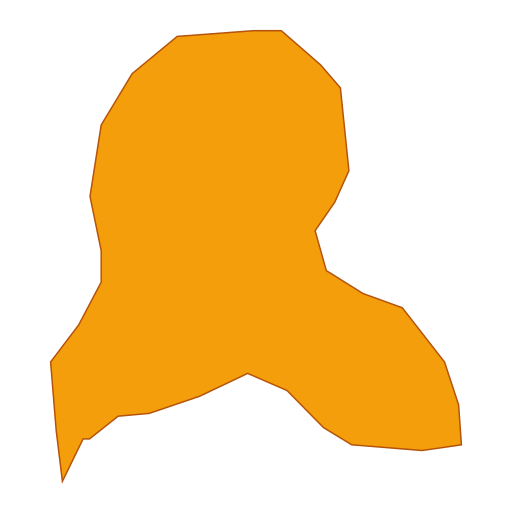 an SVG outline of Coyah
{"feature_id": "GIN-5631", "entity_name": "Coyah", "entity_type": "Prefecture", "adm_level": 1, "iso_a3": "GIN", "parent_name": "Guinea", "parent_adm1": "", "projection": "mercator", "projection_center": [-13.332, 9.762], "detail": "fine", "context": "isolated", "style": "filled", "palette": "amber", "viewbox_px": 512, "rotation_deg": 0, "n_neighbors": 0, "source": "natural_earth", "source_scale": "10m", "svg_char_len": 526}
<svg xmlns="http://www.w3.org/2000/svg" viewBox="0 0 512 512"><path d="M89.5,438.9L83.1,438.9L62.4,481.3L56.2,430.5L50.6,362.0L78.7,324.9L101.2,282.1L101.2,250.7L90.0,196.4L101.2,125.0L132.2,73.6L177.2,36.4L253.2,30.7L281.3,30.7L320.7,65.0L340.4,87.9L348.9,170.7L334.8,202.1L315.1,230.7L326.3,270.6L362.9,293.5L402.3,307.8L444.5,362.0L458.6,404.8L461.4,444.8L422.0,450.5L351.7,444.8L323.5,427.6L287.0,390.5L247.6,373.4L199.7,396.2L149.1,413.4L118.1,416.2L89.5,438.9Z" fill="#f59e0b" stroke="#b45309" stroke-width="1.5"/></svg>